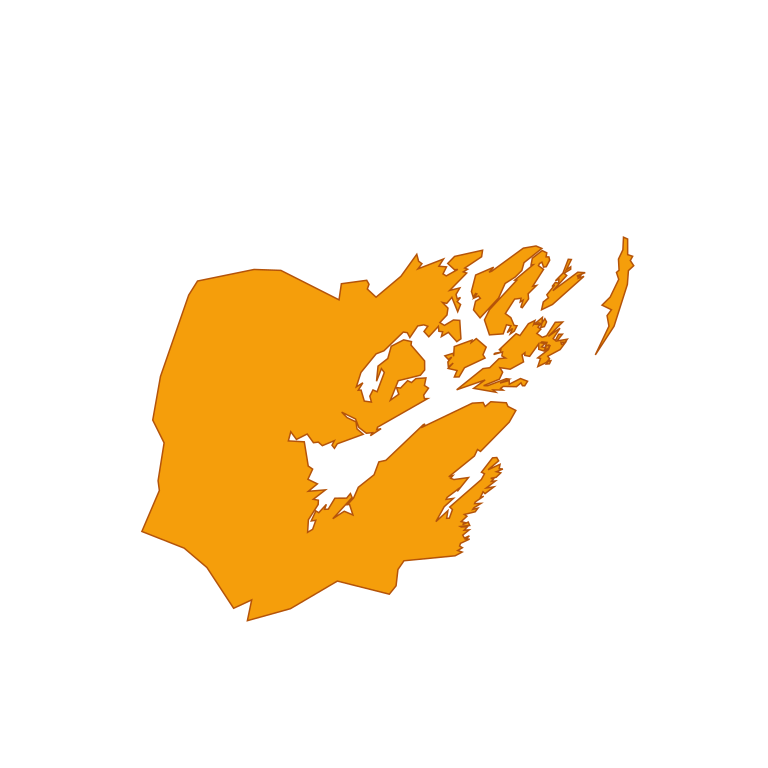 outline of Kragerø nor, Telemark, Norway, rotated 329°
{"feature_id": "86288312B49574496849742", "entity_name": "Kragerø nor", "entity_type": "district", "adm_level": 2, "iso_a3": "NOR", "parent_name": "Norway", "parent_adm1": "Telemark", "projection": "natural_earth1", "projection_center": [9.439, 58.886], "detail": "fine", "context": "isolated", "style": "filled", "palette": "amber", "viewbox_px": 768, "rotation_deg": 329, "n_neighbors": 0, "source": "geoboundaries", "source_scale": "gbopen_adm2", "svg_char_len": 6177}
<svg xmlns="http://www.w3.org/2000/svg" viewBox="0 0 768 768"><g transform="rotate(329 384 384)"><path d="M356.5,567.9L364.4,568.3L361.4,564.7L366.9,564.7L365.3,561.8L367.5,560.0L377.5,561.0L374.4,559.1L379.0,558.1L373.6,557.5L373.6,554.1L381.9,552.9L377.4,550.6L382.0,549.3L376.5,546.3L376.0,545.4L384.6,549.4L385.1,545.7L378.9,545.0L381.9,544.3L379.3,541.7L387.0,540.1L385.7,537.2L396.4,540.5L400.6,538.8L395.5,537.2L397.3,536.4L405.7,536.3L400.0,533.2L401.5,532.1L411.7,531.5L407.7,531.2L413.4,527.4L414.1,530.0L425.3,528.8L418.2,525.8L429.6,524.5L425.9,522.8L428.9,521.8L426.9,519.8L432.0,521.7L438.3,520.3L435.2,517.1L442.1,518.1L439.1,515.9L442.1,512.6L429.0,511.1L442.7,508.9L442.8,505.1L439.0,503.2L422.1,509.8L423.9,512.7L418.3,516.0L377.0,523.3L378.0,526.9L370.9,532.7L368.5,531.4L373.5,525.5L357.6,528.7L372.4,520.2L384.6,517.8L377.8,514.9L379.6,513.7L393.5,512.2L391.6,513.8L408.2,507.7L394.7,501.9L392.6,499.1L395.9,498.0L391.7,496.9L424.4,492.3L430.4,488.3L432.0,491.5L471.7,481.2L483.4,474.6L478.7,467.1L479.2,463.1L466.4,454.2L459.1,455.4L459.4,450.9L449.8,445.9L393.3,440.6L398.6,439.4L396.8,439.1L346.3,450.4L339.5,448.1L328.7,456.7L308.8,459.3L299.3,466.0L290.5,468.6L292.4,469.5L289.9,480.3L284.4,472.6L270.7,473.1L298.2,464.9L298.8,460.6L293.2,462.6L283.1,456.6L271.7,462.6L268.5,460.8L272.6,457.5L261.8,460.7L260.2,457.7L251.1,463.9L255.4,465.7L248.0,471.8L242.1,471.8L249.3,461.4L265.5,453.4L267.9,449.8L264.0,446.4L279.3,444.6L263.9,437.0L275.5,435.3L269.7,426.5L279.0,420.2L276.8,415.3L285.9,392.5L272.7,383.5L279.5,376.9L280.4,386.4L292.4,387.3L293.3,398.0L297.8,400.0L299.4,405.1L312.3,407.0L307.9,409.7L308.4,413.6L313.2,411.2L340.3,416.4L337.7,408.6L340.5,402.0L335.0,393.8L333.2,386.3L341.6,399.3L340.1,408.3L343.5,417.1L349.1,419.8L345.7,421.3L358.5,420.8L354.3,419.3L356.2,417.7L413.9,419.0L411.1,417.3L412.3,413.9L420.0,410.5L417.9,406.1L423.1,400.4L414.2,395.8L408.3,396.9L406.0,393.3L396.1,396.0L392.9,393.5L391.4,400.4L381.1,401.2L397.9,388.5L419.7,395.2L426.1,392.9L430.7,385.1L427.2,364.6L429.4,361.8L423.6,356.3L409.6,355.4L400.4,364.1L388.1,365.6L379.0,377.8L389.7,369.5L390.2,374.3L374.1,387.1L371.5,383.4L365.6,387.1L363.9,393.0L358.3,388.5L361.2,377.4L358.7,376.1L366.5,372.1L358.8,372.2L370.2,362.2L392.8,354.1L401.1,355.5L427.3,349.4L430.4,352.0L430.1,357.5L442.8,351.6L448.6,353.8L451.3,357.1L445.3,359.6L446.7,366.6L460.3,362.6L458.2,367.1L461.2,369.4L457.6,372.9L465.8,372.9L468.2,385.2L473.2,384.9L481.7,368.5L476.5,364.9L466.0,364.9L463.5,360.1L473.5,357.3L477.9,351.9L476.1,344.2L479.3,347.2L486.8,344.7L484.4,360.0L490.6,355.3L489.1,351.1L494.1,349.2L490.6,348.7L491.9,344.3L498.5,340.7L488.5,337.6L512.0,331.5L509.7,328.7L514.8,328.7L512.9,326.2L533.2,325.2L537.4,320.1L510.2,311.0L500.7,313.5L503.3,322.4L506.3,323.8L493.0,323.4L491.3,320.0L497.9,315.8L491.7,311.3L499.4,307.5L472.4,302.8L478.5,300.4L476.9,296.6L478.9,289.7L454.0,300.4L421.9,305.5L418.6,294.0L422.5,290.8L422.6,286.2L399.1,276.1L388.8,288.7L354.1,233.5L331.6,218.9L277.2,199.7L262.4,207.2L196.3,262.4L167.2,295.8L165.2,321.2L140.5,350.6L136.6,359.6L100.5,385.7L128.2,421.8L137.7,450.1L139.6,498.8L159.4,500.9L145.0,516.5L188.1,528.4L242.5,528.9L280.3,566.9L290.4,563.2L300.4,550.2L310.1,545.8L356.5,567.9ZM538.8,406.7L525.5,412.5L523.1,408.9L499.9,414.1L502.0,414.5L500.0,416.8L495.1,414.8L493.2,415.2L502.1,417.6L499.5,420.6L501.5,424.3L495.6,421.5L483.0,424.5L476.8,421.8L443.3,426.4L472.8,432.6L458.6,433.9L475.6,448.6L474.4,445.2L483.0,450.6L481.7,447.8L485.0,447.5L496.1,454.5L502.0,453.6L501.8,456.8L503.7,458.0L508.5,455.6L503.8,449.6L491.3,448.7L493.1,445.5L483.9,442.9L493.9,444.3L491.5,442.4L472.0,438.9L468.5,436.7L485.4,439.3L491.8,435.0L491.7,429.6L499.8,436.3L515.0,436.9L517.3,430.2L520.9,429.7L519.4,432.0L523.1,435.3L537.2,429.3L534.5,434.0L538.1,438.1L541.0,436.1L538.1,433.3L542.9,432.2L539.6,429.5L541.0,429.2L545.1,432.3L542.2,434.4L545.4,435.5L545.0,436.8L546.7,436.5L544.7,437.1L544.9,435.4L542.2,434.9L539.9,438.3L544.6,437.7L542.7,439.2L529.2,440.8L531.3,442.7L524.8,448.3L536.1,449.3L533.4,450.5L536.2,451.9L539.0,450.0L535.3,448.8L538.9,447.7L538.6,444.5L552.7,445.2L560.3,442.1L556.5,441.5L557.2,439.3L560.7,441.5L564.2,440.0L554.5,436.2L562.6,433.2L559.3,431.3L553.4,434.9L552.3,432.3L563.6,426.8L549.4,427.8L569.1,422.9L562.6,419.3L548.2,426.4L543.7,425.5L541.0,419.4L546.6,417.8L545.2,414.6L548.3,413.5L545.3,411.3L548.1,411.2L550.2,413.7L547.4,416.3L551.0,417.4L555.3,414.5L555.5,410.9L551.0,413.0L554.1,408.5L542.7,410.2L546.1,407.3L538.8,406.7ZM538.2,340.4L518.7,337.8L506.6,349.7L505.2,355.5L509.2,353.6L510.0,354.6L505.3,356.7L510.3,357.3L510.7,360.2L505.1,360.2L498.9,366.6L500.4,376.8L526.5,369.3L539.6,360.2L551.4,359.9L560.6,357.7L566.5,352.1L589.1,349.1L585.4,344.0L573.4,339.3L534.5,342.8L531.6,342.3L538.2,340.4ZM588.3,351.1L575.9,352.6L571.3,357.7L573.3,358.6L549.6,362.3L551.3,363.4L512.8,374.6L503.1,380.8L499.7,396.2L512.0,402.4L519.5,396.3L522.8,399.5L516.1,403.5L522.8,402.6L518.0,406.1L522.9,405.8L528.0,402.6L525.7,400.8L526.9,392.4L524.3,386.1L539.7,378.5L545.6,381.1L543.0,383.8L546.4,383.8L541.0,388.5L541.8,389.8L551.8,385.5L554.0,380.9L565.5,378.1L561.8,376.8L579.8,367.9L577.3,362.1L579.3,360.8L582.1,360.9L581.0,366.0L583.5,367.0L589.8,363.2L590.8,360.0L588.4,358.5L591.1,355.4L588.3,351.1ZM664.9,381.5L657.9,392.0L649.3,397.7L644.1,407.5L640.7,408.1L639.1,415.2L622.6,426.0L611.5,428.7L617.2,437.5L610.4,440.3L606.6,450.3L580.1,467.9L610.9,453.0L643.9,424.0L651.9,412.7L659.0,411.2L658.7,405.0L662.9,402.6L659.5,398.6L667.5,385.2L664.9,381.5ZM482.0,391.7L463.5,388.1L457.9,396.1L459.2,393.3L450.7,391.2L451.8,396.1L455.9,395.8L450.1,398.0L447.9,402.6L454.1,401.7L447.0,403.7L453.6,410.1L447.9,414.2L452.0,416.6L461.4,411.5L484.0,413.8L483.9,409.9L490.6,405.0L486.5,392.6L480.1,393.4L482.0,391.7ZM606.2,372.0L594.5,381.1L584.1,383.8L587.9,384.3L585.6,387.5L583.1,385.2L578.2,387.0L581.2,387.1L569.5,391.4L569.4,394.8L562.8,395.7L557.3,401.5L569.4,402.6L610.9,394.7L605.4,393.5L608.2,392.4L605.2,391.9L605.5,390.8L613.8,392.2L607.7,388.0L576.8,391.0L596.5,385.1L595.4,381.8L603.1,381.8L604.4,379.7L599.2,380.0L608.7,373.8L606.2,372.0Z" fill="#f59e0b" stroke="#b45309" stroke-width="1.5"/></g></svg>